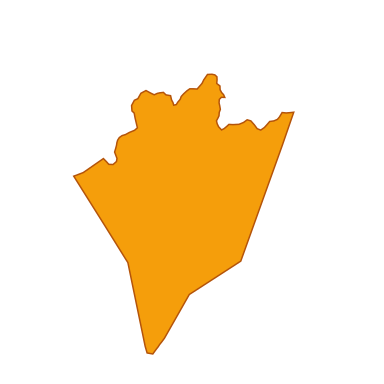 Governador Archer, Maranhão, Brazil (Albers equal-area conic projection), rotated 325°
{"feature_id": "56859067B45377194225928", "entity_name": "Governador Archer", "entity_type": "district", "adm_level": 2, "iso_a3": "BRA", "parent_name": "Brazil", "parent_adm1": "Maranhão", "projection": "albers", "projection_center": [-44.182, -5.001], "detail": "fine", "context": "isolated", "style": "filled", "palette": "amber", "viewbox_px": 384, "rotation_deg": 325, "n_neighbors": 0, "source": "geoboundaries", "source_scale": "gbopen_adm2", "svg_char_len": 1431}
<svg xmlns="http://www.w3.org/2000/svg" viewBox="0 0 384 384"><g transform="rotate(325 192 192)"><path d="M104.2,111.2L101.3,169.5L99.2,208.5L99.0,213.0L65.1,291.6L62.9,298.1L67.0,302.2L72.8,300.2L75.5,299.4L77.9,298.4L81.0,297.5L85.5,296.0L131.0,274.4L192.3,276.6L293.1,205.3L321.1,185.0L318.3,183.5L314.5,181.3L311.4,178.6L306.4,180.8L303.6,181.5L299.8,180.7L296.1,178.8L292.2,179.8L288.3,180.7L283.8,180.7L281.7,177.5L281.6,172.8L281.0,167.5L278.6,164.5L274.1,164.6L269.3,163.5L264.2,160.3L261.0,157.8L258.1,158.2L254.6,158.5L251.8,158.1L251.2,153.8L251.8,150.4L252.9,147.7L255.3,146.5L257.8,145.1L260.0,142.4L262.6,140.6L264.2,137.2L265.3,134.5L267.5,131.8L270.4,131.3L273.1,133.3L273.7,130.3L273.3,127.5L273.7,124.3L275.7,121.2L274.5,117.3L277.0,114.3L278.5,111.9L277.9,109.2L275.9,107.0L272.1,104.6L265.9,106.9L262.5,108.8L255.3,110.6L252.2,108.2L249.4,106.2L245.9,106.2L241.4,106.8L237.9,107.6L235.5,109.3L231.7,110.3L229.3,111.4L226.8,110.4L227.7,107.9L228.1,104.8L229.7,100.8L226.4,97.5L225.7,94.0L222.5,92.3L220.1,91.3L216.8,90.7L214.9,87.3L212.5,82.5L206.8,81.8L201.2,84.5L197.4,83.8L192.1,86.5L189.3,91.2L189.9,94.2L187.8,98.8L184.1,108.1L180.3,108.5L174.9,107.3L170.4,106.8L167.1,105.7L163.7,105.7L160.8,106.9L158.8,108.5L157.0,110.4L154.4,112.6L151.5,114.9L149.8,121.5L147.6,123.7L143.1,124.2L139.7,121.6L139.3,118.0L138.6,113.8L114.0,113.7L104.2,111.2Z" fill="#f59e0b" stroke="#b45309" stroke-width="1.5"/></g></svg>